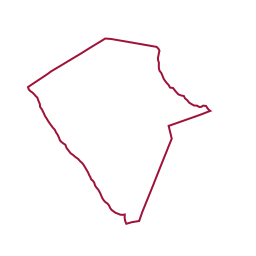 outline of Wagner, Bahia, Brazil, rotated 343°
{"feature_id": "56859067B26667304693986", "entity_name": "Wagner", "entity_type": "district", "adm_level": 2, "iso_a3": "BRA", "parent_name": "Brazil", "parent_adm1": "Bahia", "projection": "natural_earth1", "projection_center": [-41.154, -12.251], "detail": "fine", "context": "isolated", "style": "outline", "palette": "rose", "viewbox_px": 256, "rotation_deg": 343, "n_neighbors": 0, "source": "geoboundaries", "source_scale": "gbopen_adm2", "svg_char_len": 1509}
<svg xmlns="http://www.w3.org/2000/svg" viewBox="0 0 256 256"><g transform="rotate(343 128 128)"><path d="M44.3,59.6L44.4,62.2L45.5,64.3L46.9,66.0L48.1,68.2L49.2,70.7L50.2,72.5L50.3,75.7L50.7,79.3L50.1,82.0L51.1,85.1L51.6,88.0L51.9,90.0L52.1,92.1L53.0,95.2L53.6,97.8L54.4,100.4L55.6,103.9L56.3,105.8L57.5,108.3L57.9,111.2L58.7,113.7L59.2,117.2L59.3,119.9L60.3,122.0L61.7,123.9L63.2,125.7L63.4,129.1L64.4,131.8L65.8,135.5L67.5,137.6L69.3,140.5L71.4,143.2L72.5,145.8L73.9,148.0L74.7,150.1L75.4,152.8L76.1,155.8L76.8,158.7L77.1,161.6L77.6,163.9L77.8,166.5L78.9,168.0L79.7,170.3L79.7,173.4L80.4,175.8L81.5,178.2L82.1,180.8L82.5,183.4L82.7,185.5L83.0,187.8L83.7,190.2L84.8,192.4L86.3,194.3L87.3,196.8L87.5,199.1L88.3,201.5L89.8,203.5L91.3,205.5L93.5,207.1L95.2,208.6L97.2,209.4L99.6,209.8L98.6,212.6L98.1,216.0L98.4,219.1L104.2,219.2L111.5,220.2L117.1,212.5L136.5,188.6L137.8,186.9L153.9,166.8L157.1,162.9L161.7,157.1L166.7,151.0L167.5,137.8L169.4,137.8L200.5,136.5L211.7,135.7L210.2,133.5L209.0,129.7L206.4,128.6L204.4,129.2L202.5,128.9L200.5,126.8L197.8,125.8L195.7,123.7L193.9,121.6L192.7,118.6L191.2,116.4L190.8,113.8L188.2,112.3L186.0,110.6L185.1,108.7L184.1,106.5L182.8,103.0L180.0,101.6L179.4,98.7L178.2,96.3L177.3,93.9L176.5,91.3L176.2,87.6L175.9,85.0L174.9,82.6L175.0,79.8L175.8,77.1L176.6,74.6L176.6,72.1L177.1,69.8L178.3,67.6L179.6,65.1L180.7,63.3L180.3,61.2L179.1,58.8L137.6,37.8L132.4,35.8L116.7,39.8L105.2,42.9L70.9,51.4L67.3,52.7L44.3,59.6Z" fill="none" stroke="#9f1239" stroke-width="2"/></g></svg>